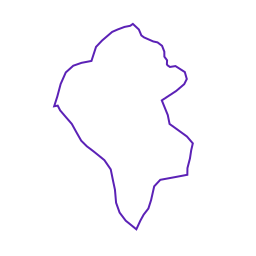 Pukchong, Hamgyŏng-namdo, North Korea, rotated 258°
{"feature_id": "82179303B88623362081426", "entity_name": "Pukchong", "entity_type": "district", "adm_level": 2, "iso_a3": "PRK", "parent_name": "North Korea", "parent_adm1": "Hamgyŏng-namdo", "projection": "equal_earth", "projection_center": [128.374, 40.231], "detail": "fine", "context": "isolated", "style": "outline", "palette": "violet", "viewbox_px": 256, "rotation_deg": 258, "n_neighbors": 0, "source": "geoboundaries", "source_scale": "gbopen_adm2", "svg_char_len": 947}
<svg xmlns="http://www.w3.org/2000/svg" viewBox="0 0 256 256"><g transform="rotate(258 128 128)"><path d="M69.9,176.3L76.4,177.8L85.4,182.3L93.1,185.2L99.5,188.2L107.4,183.9L115.4,176.7L123.3,169.5L132.4,169.6L140.2,168.2L148.0,166.8L154.2,182.8L159.2,192.1L163.7,195.7L170.9,195.2L172.0,194.1L178.7,187.3L179.0,181.7L181.1,179.7L182.3,179.3L186.1,180.3L190.2,178.4L195.1,179.4L201.3,178.4L205.6,174.7L207.4,170.7L213.3,162.5L215.8,160.3L218.5,159.8L222.1,159.1L228.8,154.4L227.5,151.4L227.6,145.6L226.5,138.3L225.3,132.5L219.0,120.9L214.0,113.6L201.2,106.2L201.4,96.1L200.3,87.4L195.3,78.7L185.1,71.3L173.5,65.4L164.6,60.3L164.5,63.9L159.3,65.3L151.4,69.6L143.6,73.9L134.4,76.7L125.3,79.6L118.7,83.9L112.1,89.6L101.5,98.2L91.1,102.5L79.4,102.4L70.3,102.4L57.4,100.8L47.0,102.2L37.8,106.5L27.2,115.1L34.9,120.9L40.0,125.3L45.0,131.2L52.7,135.6L65.5,141.5L70.6,148.8L70.2,163.3L69.9,176.3Z" fill="none" stroke="#5b21b6" stroke-width="2"/></g></svg>